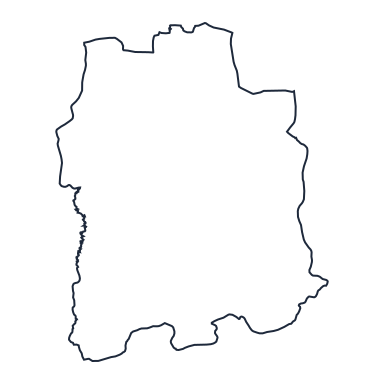 Phu Sing, Si Sa Ket, Thailand (Albers equal-area conic projection)
{"feature_id": "78962969B17972305807054", "entity_name": "Phu Sing", "entity_type": "district", "adm_level": 2, "iso_a3": "THA", "parent_name": "Thailand", "parent_adm1": "Si Sa Ket", "projection": "albers", "projection_center": [104.106, 14.491], "detail": "fine", "context": "isolated", "style": "outline", "palette": "slate", "viewbox_px": 384, "rotation_deg": 0, "n_neighbors": 0, "source": "geoboundaries", "source_scale": "gbopen_adm2", "svg_char_len": 5770}
<svg xmlns="http://www.w3.org/2000/svg" viewBox="0 0 384 384"><path d="M84.0,359.7L87.8,358.9L89.0,358.8L92.4,361.0L98.4,360.9L111.1,357.1L115.4,356.4L119.7,354.7L121.8,353.5L122.7,352.5L123.6,352.2L125.0,351.1L125.7,348.7L125.5,345.5L126.3,341.9L127.1,341.2L127.8,339.9L128.7,339.0L131.2,333.0L133.1,331.5L137.3,330.2L139.5,329.1L141.5,328.5L147.2,328.3L149.5,327.6L153.1,326.2L156.9,326.3L158.8,326.1L161.0,325.3L164.8,323.1L171.9,326.1L173.2,327.4L174.4,331.3L174.4,333.5L173.7,335.9L172.3,337.8L170.9,340.8L170.8,341.8L171.1,343.2L173.7,347.6L175.2,348.7L175.7,348.7L176.4,349.8L178.6,350.0L183.0,348.9L185.0,347.8L188.7,346.4L194.4,344.9L206.6,344.6L210.8,344.2L213.4,343.5L215.2,342.5L216.3,341.6L217.5,337.8L217.5,337.2L217.0,336.1L215.1,333.4L215.0,332.7L215.2,330.9L216.6,329.3L216.8,328.1L216.1,326.0L215.1,325.2L211.8,323.7L211.8,322.7L214.5,321.1L218.0,319.5L223.5,317.7L228.4,314.7L229.5,314.4L232.5,314.8L236.3,316.9L238.9,319.0L239.5,318.9L240.4,317.0L241.2,316.6L241.8,316.6L242.8,317.0L244.0,317.8L244.7,318.7L246.2,321.9L248.7,325.7L249.9,327.8L251.4,329.8L252.3,330.7L253.5,331.4L257.3,332.7L259.5,333.3L262.8,333.3L267.1,332.0L273.6,331.0L278.0,329.8L284.3,326.9L289.1,324.1L291.3,323.7L292.9,321.6L294.9,320.3L295.4,319.5L296.7,314.9L297.9,313.7L299.1,311.5L300.3,308.2L300.0,306.7L299.1,306.0L298.8,305.4L299.2,304.4L300.9,303.5L302.7,303.3L304.7,302.6L305.5,301.7L306.9,298.5L308.6,296.7L309.4,296.5L314.1,297.3L315.1,296.9L315.9,296.2L317.1,293.9L317.8,291.3L318.4,290.4L319.8,289.5L321.0,288.0L323.2,286.1L324.6,285.6L326.1,285.7L327.2,283.8L327.7,281.8L327.7,281.3L327.2,280.6L326.1,279.9L322.6,279.0L319.9,276.8L318.8,276.3L317.4,275.8L313.0,275.6L311.8,274.9L309.5,272.3L309.4,270.0L310.8,266.7L311.9,262.0L312.0,260.1L311.4,256.6L311.6,252.2L311.2,250.6L310.4,249.3L308.7,247.5L305.1,242.4L303.8,239.5L302.1,232.2L301.0,225.0L299.3,221.1L298.0,216.9L297.8,211.1L298.3,208.7L299.7,205.8L301.9,203.3L302.8,201.9L303.9,199.3L304.3,191.0L303.6,181.9L302.8,179.5L302.6,172.6L304.0,166.2L306.6,158.5L307.3,154.2L307.5,151.0L307.2,148.5L306.9,147.7L305.1,145.7L303.5,144.5L301.7,144.0L300.3,143.1L298.9,141.6L297.0,140.0L296.1,137.8L295.2,138.1L294.9,137.6L294.2,137.1L292.8,136.5L288.3,133.1L287.0,131.7L290.2,127.4L293.6,123.3L294.4,121.9L295.0,119.2L295.5,115.3L295.7,106.4L294.0,91.2L293.0,91.7L292.1,91.9L285.2,90.5L263.7,90.9L260.5,92.4L253.5,93.9L252.5,93.7L241.0,88.0L239.4,86.9L239.0,86.6L237.4,73.7L236.8,70.7L234.5,64.9L233.6,61.7L230.8,44.0L231.0,38.6L232.4,32.9L231.7,32.5L224.0,29.6L213.6,27.5L209.0,25.4L206.0,23.3L204.9,23.0L198.5,25.7L195.2,25.9L195.0,26.8L194.0,28.1L193.0,31.4L192.6,32.0L191.3,32.4L187.1,32.3L184.5,31.3L183.3,30.4L182.9,28.6L181.3,27.1L180.8,25.6L175.2,25.2L170.4,25.3L170.1,25.6L170.3,25.9L170.0,27.1L169.2,28.3L169.2,28.9L169.7,29.3L170.6,28.6L170.9,28.9L169.6,30.4L169.8,31.9L169.5,32.9L165.8,33.3L161.5,33.0L159.5,32.2L158.4,34.9L154.5,35.7L153.7,37.4L153.0,41.0L152.9,46.4L153.3,52.3L153.1,52.5L148.2,52.2L135.2,52.0L127.9,50.6L123.5,50.2L123.0,49.2L123.1,45.9L121.5,42.4L116.8,38.8L114.9,37.8L109.1,37.9L99.6,38.9L95.5,39.6L89.3,41.7L84.2,42.7L84.2,45.0L85.5,46.9L86.2,52.6L85.3,60.1L85.9,63.8L85.9,65.7L85.0,70.0L83.6,74.3L82.5,80.5L82.2,82.5L82.1,90.6L78.8,97.9L76.0,101.4L72.2,104.9L71.4,106.2L71.2,107.2L71.4,108.6L73.0,114.7L73.1,115.9L72.7,118.3L71.8,119.4L69.5,121.2L64.9,124.4L61.2,126.5L57.4,129.2L56.8,129.7L56.3,131.2L56.4,132.4L57.3,135.9L58.7,138.9L58.5,140.3L57.6,143.7L57.9,145.7L60.9,155.9L61.6,159.5L62.0,163.0L60.1,176.4L59.7,183.6L61.0,185.5L61.7,186.1L64.0,186.8L65.5,186.8L67.0,186.2L68.5,185.1L69.3,185.0L70.4,185.5L72.5,187.8L73.9,188.5L74.9,188.6L78.7,187.6L80.1,187.5L79.9,188.5L79.0,189.4L77.9,189.4L77.9,189.9L78.4,190.3L78.4,190.8L77.6,191.4L78.1,191.9L77.6,192.2L76.5,192.0L76.3,192.3L76.7,192.8L76.6,193.1L75.7,192.9L75.3,193.3L75.3,195.0L74.8,196.0L75.3,197.3L75.2,198.0L75.4,198.8L74.4,199.9L73.4,200.4L73.3,200.8L74.1,202.0L74.6,204.8L75.4,206.0L76.5,206.8L76.4,208.4L77.8,209.1L76.4,209.8L75.8,209.8L76.3,210.4L77.8,210.6L78.1,210.9L77.6,212.7L79.1,212.9L80.9,213.6L82.2,214.9L82.6,216.1L84.4,215.2L85.0,216.7L84.0,217.0L84.2,218.7L83.1,219.4L82.9,219.7L83.7,220.4L84.2,221.6L85.2,222.0L85.6,222.8L85.5,223.3L84.8,223.4L84.3,223.8L84.7,225.0L83.6,225.7L84.8,225.7L85.0,226.1L86.1,226.7L85.9,227.0L84.9,227.0L84.6,227.6L85.0,228.5L85.3,230.7L84.8,231.3L83.1,231.6L82.0,233.4L81.3,233.4L81.3,232.4L81.1,232.2L80.5,232.5L80.3,233.0L80.6,233.8L81.2,233.9L81.2,234.5L81.7,235.3L83.5,236.3L81.7,237.1L81.3,237.6L83.4,239.7L82.6,240.1L82.6,240.6L82.8,240.9L82.6,241.3L80.8,241.1L80.4,241.3L80.5,241.8L81.4,241.9L81.3,242.4L82.0,242.9L81.0,243.4L81.6,244.0L81.5,244.5L81.0,245.1L81.2,246.6L80.7,247.7L80.3,247.4L79.6,247.8L79.5,248.7L80.7,249.1L80.1,249.6L80.0,250.4L79.7,251.0L79.9,251.7L78.7,251.0L78.2,251.2L78.3,251.7L79.2,251.8L79.4,252.0L79.2,252.5L78.0,253.0L78.0,254.1L78.8,255.0L78.8,255.4L76.6,257.1L76.7,257.4L77.2,257.6L77.0,258.5L76.6,258.3L76.7,258.9L77.4,259.8L78.1,261.1L77.9,261.4L77.6,261.3L77.7,260.9L76.7,261.4L76.9,261.9L77.5,261.5L77.6,261.9L76.6,263.3L76.4,264.8L77.3,265.7L78.1,267.0L77.2,267.7L77.0,268.7L77.4,270.4L79.4,275.6L79.9,278.3L79.7,280.0L79.2,281.1L78.1,282.2L77.4,282.6L75.4,283.0L74.1,283.5L73.5,284.0L72.8,285.6L72.6,286.4L73.0,290.9L73.6,293.1L73.1,297.4L74.2,300.3L74.5,305.2L74.1,306.4L73.3,307.0L72.7,307.7L72.6,309.7L73.2,312.3L74.1,314.6L75.3,315.5L75.7,316.3L75.7,318.7L76.7,319.0L76.8,319.2L76.4,319.2L76.1,320.4L75.3,321.3L75.5,322.1L75.2,323.4L74.4,323.9L72.7,325.8L73.2,328.5L72.5,329.1L72.5,331.0L72.2,332.5L71.1,333.4L69.9,335.7L69.2,337.6L69.0,339.3L69.1,339.8L70.9,342.0L73.0,342.8L73.8,344.7L76.6,344.6L78.7,345.4L78.9,347.0L79.9,350.3L81.7,353.3L82.4,356.6L84.0,359.7Z" fill="none" stroke="#1e293b" stroke-width="2"/></svg>